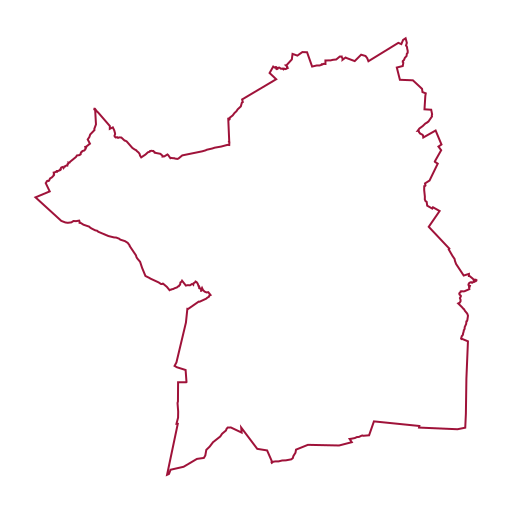 Jiménez, Chihuahua, Mexico, rotated 91°
{"feature_id": "50627088B9615027683396", "entity_name": "Jiménez", "entity_type": "district", "adm_level": 2, "iso_a3": "MEX", "parent_name": "Mexico", "parent_adm1": "Chihuahua", "projection": "albers", "projection_center": [-104.567, 26.97], "detail": "fine", "context": "isolated", "style": "outline", "palette": "rose", "viewbox_px": 512, "rotation_deg": 91, "n_neighbors": 0, "source": "geoboundaries", "source_scale": "gbopen_adm2", "svg_char_len": 5957}
<svg xmlns="http://www.w3.org/2000/svg" viewBox="0 0 512 512"><g transform="rotate(91 256 256)"><path d="M424.0,43.8L410.2,43.4L375.0,43.5L337.6,42.6L335.4,48.2L335.5,49.1L334.9,49.5L332.4,48.8L331.8,48.1L330.4,47.6L330.0,47.7L328.1,47.1L326.5,46.9L325.9,46.4L324.8,46.1L323.5,46.1L320.3,44.7L317.7,44.5L317.5,44.0L316.5,43.6L312.0,43.0L309.9,43.8L307.0,46.3L305.6,47.0L305.4,47.5L303.5,49.2L299.9,53.0L299.1,51.5L297.7,50.7L296.3,50.7L294.5,51.4L292.9,50.5L292.2,50.5L290.9,51.9L289.9,52.1L289.2,51.7L288.7,50.9L287.8,50.7L287.6,49.4L287.8,48.4L287.6,46.9L285.4,42.1L283.1,42.5L282.9,42.4L282.9,41.8L282.2,41.6L282.1,42.5L281.2,43.1L280.5,43.0L280.4,42.8L279.1,42.2L278.4,40.5L278.6,40.1L278.9,40.0L279.0,39.4L278.0,37.9L278.1,37.4L277.7,37.0L277.4,35.9L277.0,35.5L276.6,35.8L276.7,34.5L275.9,35.8L275.8,36.8L276.5,37.8L276.0,37.7L274.6,39.2L272.3,42.1L272.3,42.8L270.2,42.8L271.9,48.0L260.5,55.8L257.4,57.0L255.5,57.4L252.4,59.6L246.1,63.4L245.3,62.8L223.8,83.8L207.8,73.2L204.2,79.9L205.5,80.6L202.7,85.7L198.9,86.3L198.1,87.5L196.5,88.2L193.7,88.2L187.1,89.0L183.3,89.0L183.2,88.4L182.6,87.8L180.5,88.3L177.5,83.8L160.5,75.9L158.7,78.8L158.4,78.9L147.0,72.7L143.4,75.5L141.3,72.5L127.4,78.6L134.6,90.8L132.6,91.1L131.9,91.6L130.6,94.2L130.1,94.4L129.5,95.1L127.9,95.5L128.0,96.5L125.7,94.9L123.2,91.6L120.4,88.8L119.9,87.6L118.9,86.7L118.8,86.1L113.4,82.5L112.3,82.7L111.2,82.4L106.7,83.4L106.4,90.1L93.0,89.5L90.4,89.1L89.2,92.4L86.0,92.9L77.6,102.2L77.3,115.2L65.1,118.5L63.5,112.6L60.4,112.1L59.8,112.2L59.4,112.7L58.5,112.6L57.5,111.5L55.2,110.6L53.5,109.0L51.1,108.7L50.2,107.9L48.2,107.9L45.9,108.5L44.7,108.6L43.7,109.0L43.0,109.7L40.3,108.9L35.7,110.2L37.4,112.7L41.6,114.4L40.4,117.4L59.3,147.0L56.2,148.3L54.1,150.0L52.9,154.4L59.4,160.7L56.6,168.6L56.0,169.9L58.3,172.9L57.0,172.8L55.5,174.0L55.1,173.9L55.1,175.7L58.1,179.2L58.5,182.5L59.1,184.8L59.3,190.0L62.8,189.9L62.7,191.9L63.0,192.2L63.1,193.5L63.6,193.5L64.4,195.8L64.4,198.4L65.6,203.2L51.4,208.5L51.3,213.2L54.9,218.1L53.3,223.0L58.8,223.6L64.6,228.7L64.8,229.5L66.1,228.1L66.7,228.3L67.5,227.6L68.6,229.6L68.6,230.1L68.1,231.3L68.9,231.8L68.1,233.0L68.4,234.2L67.2,236.0L67.3,236.6L67.6,237.4L68.3,237.5L68.8,238.4L68.4,239.0L67.3,238.6L66.8,239.0L66.7,239.5L67.2,239.9L67.3,240.6L66.3,242.1L72.8,245.6L78.9,238.9L99.7,272.6L102.3,271.9L102.9,272.8L106.7,273.8L109.7,276.9L111.6,278.1L113.4,280.0L115.9,281.8L118.2,284.7L119.6,284.7L120.0,285.0L120.0,285.3L119.7,285.6L118.3,286.2L141.4,284.8L142.2,285.1L142.6,284.6L145.5,284.7L145.4,286.5L147.2,292.8L148.4,299.1L149.3,301.7L150.6,307.0L151.3,308.4L152.3,311.7L156.7,331.5L159.8,335.1L160.3,336.2L160.0,338.7L159.6,339.6L159.7,340.5L159.4,342.6L159.7,343.3L156.6,345.6L156.0,346.3L158.0,349.4L158.2,351.2L157.4,351.2L155.5,353.4L154.5,359.1L153.8,359.3L153.7,359.7L152.8,360.4L152.9,361.2L152.6,362.1L152.9,363.8L153.6,364.1L154.2,365.9L156.5,368.3L159.4,372.5L157.6,373.7L155.9,374.2L154.5,375.3L153.0,377.2L152.4,377.5L151.6,379.2L150.1,381.5L143.7,387.3L143.0,388.6L142.9,389.4L139.9,392.7L139.8,394.9L140.3,396.0L139.6,397.0L140.0,398.2L139.1,399.3L138.3,399.6L136.6,399.0L135.7,399.1L132.9,399.9L129.9,401.4L131.4,404.4L128.6,404.4L115.2,416.4L114.2,417.6L111.6,419.6L111.6,420.1L112.3,420.2L112.8,419.4L113.7,419.3L127.2,418.3L131.8,419.9L132.9,419.7L137.4,423.9L140.0,424.7L142.4,426.3L146.6,424.0L149.3,427.3L150.1,427.6L149.7,428.0L149.9,428.6L151.0,428.2L151.3,428.5L151.8,428.3L152.5,428.6L153.6,429.7L154.0,431.2L154.9,432.3L155.4,432.3L155.7,432.8L156.6,433.2L157.4,433.1L158.2,434.3L158.6,436.8L160.2,437.8L165.0,443.5L165.8,444.0L165.8,444.9L166.1,444.7L166.3,445.2L167.2,445.5L167.3,445.9L168.8,446.2L168.6,446.7L169.5,448.3L169.8,448.4L169.8,449.1L171.4,450.0L170.7,450.5L170.4,451.1L171.0,452.3L172.4,453.0L173.0,452.7L173.5,453.2L173.5,453.8L173.8,453.9L174.5,455.5L174.5,456.7L174.9,457.0L175.3,456.9L175.2,457.5L175.7,458.3L176.1,459.7L177.0,459.4L177.7,459.7L178.4,459.3L178.8,459.5L180.9,461.4L182.1,463.3L184.2,464.2L184.6,464.7L184.4,465.5L184.9,466.5L186.0,466.9L186.8,467.5L195.0,463.4L201.2,477.5L224.3,451.3L225.8,447.2L226.1,444.8L225.6,441.2L224.2,439.1L224.3,436.5L223.7,433.4L224.6,433.0L225.9,433.0L226.2,431.5L227.7,429.1L229.6,423.2L230.2,422.7L231.2,421.2L233.1,417.3L233.6,415.1L234.5,414.2L238.6,404.0L239.9,398.3L240.0,396.1L241.1,393.1L242.0,392.0L243.4,387.3L245.1,384.5L246.9,383.1L247.7,382.5L248.2,382.5L257.5,376.0L259.0,375.6L260.5,374.7L263.8,371.8L269.8,369.7L277.9,366.2L280.0,361.8L280.3,361.5L284.1,352.9L285.6,350.6L285.7,349.4L285.2,348.6L285.3,348.4L288.4,344.6L291.6,341.9L291.3,341.6L291.3,340.6L290.9,340.2L290.4,338.1L289.7,336.9L288.8,334.5L287.5,333.0L287.5,332.6L286.6,332.1L286.0,331.4L283.8,331.1L283.0,330.0L282.0,329.5L286.8,325.6L286.4,324.2L286.4,321.4L285.2,319.7L285.3,318.6L285.7,318.2L284.4,318.0L283.3,316.3L282.6,316.0L283.1,315.0L284.5,313.9L287.6,312.7L287.5,312.3L288.9,312.0L289.2,311.5L289.4,311.7L290.0,310.1L291.7,310.3L291.7,310.0L291.3,309.8L289.8,309.8L288.9,309.4L290.8,308.5L292.5,306.8L293.3,304.8L293.0,303.1L295.8,300.8L296.4,302.0L297.5,302.3L298.7,304.2L299.5,305.0L302.7,311.6L302.6,312.5L310.1,322.9L310.0,323.7L323.8,324.9L363.8,333.7L367.3,335.5L368.6,333.2L371.2,324.4L383.2,323.3L383.5,323.7L383.6,331.7L402.8,331.5L404.3,331.9L412.9,331.1L419.0,331.1L425.2,332.6L425.2,331.3L476.3,341.1L475.4,339.2L471.2,337.7L468.0,324.7L459.9,311.5L458.8,304.6L456.3,303.2L450.7,302.3L447.4,299.0L442.9,295.7L437.1,288.6L434.3,286.8L431.0,283.0L429.3,282.4L428.0,281.3L427.9,278.1L432.8,267.3L427.8,267.8L448.8,251.4L450.2,241.5L460.9,236.6L461.9,236.9L462.5,236.6L461.4,235.2L461.0,232.8L461.0,230.0L460.0,226.3L459.8,222.6L458.7,217.2L457.5,215.7L455.3,215.1L452.0,213.1L448.9,212.6L443.9,200.8L444.0,169.6L440.5,157.0L437.3,159.2L437.0,157.3L436.3,154.0L435.3,152.0L435.1,149.9L433.8,147.3L433.6,146.3L433.9,145.8L433.3,139.8L419.3,135.2L423.1,89.7L424.7,90.0L425.7,51.5L424.0,43.8Z" fill="none" stroke="#9f1239" stroke-width="2"/></g></svg>